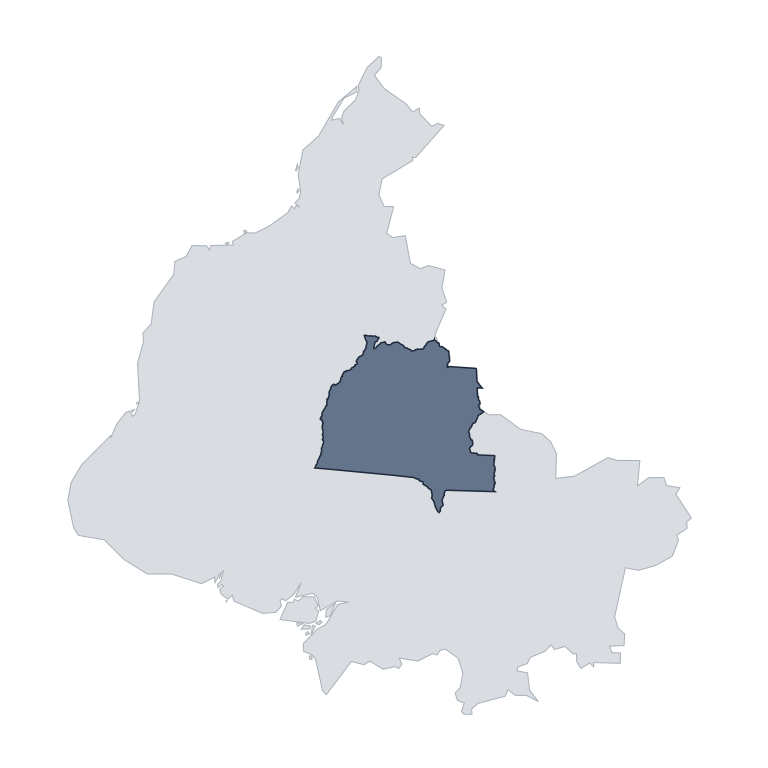 Brazil, with Mato Grosso highlighted, rotated 182°
{"feature_id": "BRA-602", "entity_name": "Mato Grosso", "entity_type": "State", "adm_level": 1, "iso_a3": "BRA", "parent_name": "Brazil", "parent_adm1": "", "projection": "mercator", "projection_center": [-55.436, -12.685], "detail": "fine", "context": "in_parent", "style": "filled", "palette": "slate", "viewbox_px": 768, "rotation_deg": 182, "n_neighbors": 0, "source": "natural_earth", "source_scale": "10m", "svg_char_len": 9785}
<svg xmlns="http://www.w3.org/2000/svg" viewBox="0 0 768 768"><g transform="rotate(182 384 384)"><path d="M185.5,120.8L193.9,128.0L204.5,124.6L207.8,129.2L213.7,122.6L228.0,115.9L231.2,109.5L240.3,105.9L241.0,101.9L230.5,100.4L227.8,83.1L218.7,72.1L230.9,77.7L241.8,77.4L249.5,83.0L251.8,76.3L279.0,68.0L285.0,62.3L284.6,57.0L292.7,56.8L295.1,59.3L292.6,68.0L299.7,70.5L302.1,77.6L297.3,83.1L295.0,97.4L300.3,112.5L313.0,121.1L318.6,119.8L321.4,115.0L326.2,116.1L340.8,108.2L359.2,110.7L356.4,104.3L359.3,100.1L362.9,101.9L374.9,98.9L388.4,106.5L394.1,102.8L406.9,105.5L430.8,71.5L434.7,75.1L442.7,106.3L446.8,111.1L454.8,113.8L455.7,121.7L442.1,136.7L433.7,141.6L422.6,162.0L411.7,164.9L423.1,165.5L439.8,155.2L443.1,168.3L447.7,172.3L465.0,167.8L459.9,182.5L466.6,170.8L474.6,163.9L478.5,165.9L480.3,163.8L478.7,158.5L484.1,152.0L497.5,150.5L526.3,161.8L528.4,167.6L532.4,163.6L539.2,168.0L541.0,172.9L537.5,176.3L539.0,178.0L542.6,174.8L543.5,177.9L540.2,181.2L538.1,191.3L542.6,187.1L545.9,179.6L546.5,185.0L559.4,178.1L589.7,186.7L613.8,185.8L637.5,199.4L658.2,218.5L684.0,222.0L689.0,229.0L695.9,256.5L693.3,274.5L683.3,292.8L655.3,322.9L655.2,320.5L650.0,334.2L641.2,346.4L637.1,348.2L634.0,342.8L631.5,345.5L627.7,358.5L631.0,396.0L625.9,417.8L626.7,426.6L618.8,435.7L616.7,457.9L598.0,486.2L597.3,499.3L586.1,504.6L580.7,515.6L566.1,515.9L563.0,511.8L561.9,516.4L539.4,517.5L540.5,521.2L526.3,530.4L518.2,530.3L503.9,538.0L486.1,552.0L482.7,558.7L479.5,556.1L478.3,559.1L474.3,557.8L479.5,561.9L475.3,566.2L474.0,573.7L477.1,590.3L473.2,615.1L458.1,629.4L439.4,664.4L421.6,680.4L421.2,675.0L433.8,668.4L444.8,649.2L445.1,645.8L437.8,647.9L433.4,641.7L435.7,647.8L433.7,655.0L422.7,666.7L419.2,676.1L420.2,681.4L411.9,699.7L400.4,711.2L397.9,709.6L397.9,700.3L404.3,692.1L394.2,679.3L371.8,664.8L364.9,656.8L358.5,661.0L357.9,655.4L345.3,643.1L339.3,646.3L333.0,644.5L360.3,611.4L363.6,611.6L363.0,608.4L393.0,588.9L395.7,573.0L390.2,561.5L380.6,561.5L386.6,534.7L380.5,530.6L367.9,533.0L361.8,505.4L351.5,500.6L343.7,503.9L327.0,500.1L329.5,482.1L324.2,468.0L329.0,464.8L324.7,460.9L334.8,435.1L329.4,423.4L320.5,418.7L321.3,402.9L292.2,402.7L291.1,389.6L285.7,383.3L290.6,383.2L286.9,361.8L277.8,356.9L266.5,357.5L246.1,343.5L224.6,339.8L215.5,332.2L209.2,320.4L209.1,295.6L190.3,298.6L157.7,318.2L148.1,315.7L125.6,316.5L127.2,291.1L116.1,299.6L101.1,300.3L98.0,292.3L84.7,290.7L88.5,284.0L72.1,260.8L76.6,256.9L76.0,250.4L85.9,243.4L84.3,237.5L89.9,221.9L106.5,212.0L123.1,206.7L136.3,208.8L145.4,159.3L141.6,148.4L134.7,142.5L135.0,131.0L149.3,129.8L146.8,123.5L138.2,123.4L138.2,113.1L164.8,112.9L164.6,108.6L168.7,112.4L177.2,106.6L181.7,113.1L182.2,121.4L185.5,120.8ZM450.1,142.1L479.7,145.0L472.6,162.4L467.2,162.7L466.3,165.7L461.9,164.3L457.2,168.7L446.0,168.7L442.0,160.0L444.9,157.8L441.4,154.7L443.8,144.6L450.1,142.1ZM424.9,163.1L429.5,150.6L434.1,148.9L433.8,156.5L424.9,163.1ZM458.2,136.0L455.4,140.6L448.7,139.6L449.7,136.6L458.2,136.0ZM448.1,130.8L447.0,140.4L444.2,139.4L448.1,130.8ZM462.9,142.0L458.7,142.5L456.8,141.7L462.0,138.9L462.9,142.0ZM443.7,142.3L439.3,145.5L437.6,143.8L440.7,141.0L443.7,142.3ZM451.6,134.0L449.6,132.0L453.1,130.1L453.4,131.9L451.6,134.0ZM449.3,109.4L446.8,109.8L446.3,106.4L448.6,106.2L449.3,109.4ZM478.2,600.5L477.3,597.0L479.3,593.9L479.9,594.8L478.2,600.5ZM528.8,529.1L529.5,532.8L526.5,532.0L528.8,529.1ZM476.6,576.1L475.3,574.1L477.3,572.0L478.0,572.9L476.6,576.1ZM541.9,185.0L540.0,188.6L541.9,183.5L541.9,185.0ZM635.5,348.8L632.5,349.8L634.4,347.0L635.5,348.8ZM547.5,519.0L544.5,520.2L543.8,519.5L545.7,517.8L547.5,519.0ZM630.6,355.5L629.5,357.5L628.8,356.2L630.6,355.5ZM534.0,160.4L534.2,162.4L533.3,162.1L534.0,160.4Z" fill="#d9dde1" stroke="#a8b0b8" stroke-width="1"/><path d="M319.4,403.7L292.9,402.8L292.4,402.6L292.1,401.9L291.2,390.0L291.0,389.6L286.5,384.1L285.7,383.4L290.6,383.3L290.7,383.1L290.3,375.6L290.1,375.3L289.3,374.7L289.1,374.2L289.6,374.0L289.5,373.3L289.0,372.2L288.6,370.9L287.7,370.2L287.6,369.9L287.6,368.5L287.3,368.0L287.5,367.0L288.3,366.5L288.8,365.0L288.4,364.6L288.4,364.4L288.0,363.9L287.8,363.6L287.4,362.0L285.8,361.4L285.6,361.1L284.6,360.7L283.4,359.8L284.4,358.8L287.2,356.8L288.5,356.2L288.8,355.8L289.4,353.4L290.7,350.9L290.7,349.8L291.8,348.5L292.4,348.1L293.4,347.9L294.3,346.9L295.0,344.3L296.4,342.7L297.8,339.3L297.7,338.9L297.2,337.9L296.7,336.8L296.7,334.7L296.6,334.3L296.0,333.5L295.2,331.3L294.8,331.0L294.2,331.2L293.8,330.9L293.6,330.3L293.6,329.3L293.3,328.5L293.2,327.1L293.3,326.1L294.7,324.9L295.2,324.3L295.5,323.6L296.1,323.1L296.4,322.6L295.6,320.9L295.3,319.6L294.9,318.7L293.8,318.2L292.6,318.1L291.9,318.3L291.1,318.0L290.3,317.6L290.0,317.7L289.1,318.2L288.1,317.3L287.9,317.0L288.0,316.5L287.9,316.4L271.5,316.3L270.9,316.2L270.7,315.6L271.0,314.2L270.8,313.0L270.9,312.7L271.3,312.8L271.4,312.7L271.6,311.8L271.6,311.7L271.0,311.3L271.5,307.2L271.4,306.8L270.8,305.9L270.1,304.4L270.2,303.2L269.8,302.3L270.0,301.2L270.6,300.0L270.5,299.2L270.8,298.2L270.4,296.3L270.1,295.8L270.7,295.5L271.4,294.2L270.7,293.2L270.3,291.5L270.3,290.6L270.2,290.3L270.1,290.1L269.4,289.6L269.3,289.2L269.6,288.6L269.6,288.0L270.6,287.7L270.6,287.2L270.2,286.1L270.2,285.6L270.6,284.0L271.3,282.5L270.9,281.6L269.3,280.3L318.1,280.0L319.1,279.3L319.5,278.0L320.1,276.8L319.8,274.8L320.5,274.0L320.9,272.7L321.4,271.9L321.4,271.3L321.9,269.7L321.6,268.0L320.8,266.0L320.7,265.0L321.1,264.4L322.0,263.7L322.5,262.8L323.2,261.9L323.5,261.1L323.2,260.0L323.3,258.9L324.6,257.4L325.8,258.5L327.1,260.4L327.7,262.0L328.5,263.0L328.7,264.3L329.3,265.8L329.5,266.9L329.9,267.7L330.1,268.5L331.1,269.7L331.4,270.3L332.4,271.4L332.5,271.7L332.0,273.2L332.1,274.3L331.9,275.1L332.3,275.9L332.5,277.0L332.4,277.7L333.0,278.5L333.3,280.0L333.5,280.1L335.0,280.7L336.7,282.0L337.0,282.7L337.8,283.3L341.2,285.0L341.4,285.3L341.5,286.0L341.5,287.2L341.7,287.6L342.4,288.0L343.9,288.0L345.3,288.5L345.7,289.1L345.9,290.1L346.3,290.5L347.8,290.1L348.3,290.5L349.1,290.6L349.9,291.2L351.2,291.7L351.3,291.6L373.0,293.2L433.4,296.8L450.3,297.7L449.6,298.9L449.2,300.5L448.2,301.7L447.9,302.4L447.8,302.7L447.9,303.7L447.6,305.0L447.3,305.7L446.2,307.0L446.2,308.0L445.7,308.6L445.8,309.2L445.6,309.4L445.4,310.0L445.0,310.1L444.5,310.8L444.5,311.2L444.7,311.7L444.7,312.4L444.5,313.0L444.1,313.5L444.3,314.5L444.0,315.2L444.3,317.4L444.3,317.7L443.9,318.0L443.5,318.7L443.4,320.6L443.0,321.3L442.3,324.0L442.3,324.5L442.4,325.0L442.8,325.4L443.6,325.9L443.7,326.3L443.6,327.1L442.8,327.9L442.7,328.4L443.0,329.1L443.3,330.4L443.8,330.8L443.8,331.2L443.5,331.5L443.6,332.2L443.2,332.6L443.2,333.3L443.4,335.7L443.9,336.5L444.1,337.1L444.0,337.6L444.3,339.6L444.3,339.9L444.0,340.1L444.0,340.7L443.7,341.8L443.8,342.4L443.7,342.5L443.4,342.4L443.3,342.6L443.5,342.9L444.1,343.4L444.6,345.7L445.1,345.7L445.1,346.1L445.5,346.3L446.4,346.4L446.5,346.9L446.1,348.2L445.9,348.6L445.2,349.1L445.3,349.5L444.7,350.1L444.9,350.9L444.8,352.1L445.0,352.7L444.5,353.9L443.7,355.1L443.4,356.1L442.1,357.6L441.8,358.8L441.4,360.0L440.9,360.4L440.3,360.6L440.4,362.4L440.6,363.1L440.5,364.0L440.3,364.7L440.4,366.0L440.6,366.3L440.6,366.7L440.3,367.1L439.4,367.2L439.4,367.8L438.8,369.2L438.6,370.0L438.6,370.6L438.2,371.8L438.7,373.5L438.4,374.4L438.4,374.6L438.0,375.6L437.5,376.1L437.1,377.5L437.1,378.5L436.7,378.8L436.6,379.9L436.0,380.3L435.6,381.1L434.4,381.9L433.8,382.0L433.4,381.9L433.3,381.3L433.1,381.0L432.6,381.4L431.6,381.6L431.0,382.3L430.0,382.8L429.0,384.0L428.5,384.3L427.8,384.9L427.7,385.2L427.8,386.1L427.4,386.5L427.3,387.0L427.4,387.8L427.1,388.5L426.8,389.5L426.3,390.5L426.0,390.6L425.7,390.4L425.5,390.6L425.8,391.4L425.8,391.8L425.0,393.6L424.4,394.3L424.3,394.8L423.9,395.1L422.8,394.9L422.7,395.3L421.8,396.1L419.7,396.3L418.6,396.6L417.4,398.0L416.9,399.0L416.5,399.1L415.4,399.6L415.1,400.1L413.8,400.8L413.7,402.1L413.4,402.3L412.0,402.8L411.5,403.2L411.4,404.2L411.5,404.6L412.5,405.3L412.2,407.0L411.2,408.0L410.9,409.0L409.4,410.6L406.9,411.8L406.0,412.6L406.1,412.9L405.7,414.5L405.7,415.5L405.4,416.1L405.1,416.3L404.2,417.6L403.8,418.6L403.3,419.1L403.1,419.5L403.3,420.9L403.0,421.7L402.8,423.2L402.6,423.4L402.4,424.7L402.7,425.7L404.0,428.0L404.6,429.8L405.5,431.8L404.0,432.1L401.8,431.5L399.6,431.5L399.4,431.7L399.0,431.7L396.7,431.4L394.8,431.7L394.1,431.5L392.5,430.6L391.4,430.3L390.8,430.4L390.6,429.9L390.8,429.4L391.6,428.4L392.2,427.3L392.4,426.6L392.8,426.2L394.1,425.9L394.3,425.7L394.9,423.2L395.0,422.1L395.5,420.0L395.5,419.1L395.4,419.0L394.3,419.2L393.3,419.9L392.7,420.9L391.2,422.5L389.6,423.5L389.1,424.6L388.4,425.2L387.4,425.3L386.7,425.5L385.1,426.1L384.3,426.1L384.0,425.8L383.7,424.5L382.1,423.4L380.8,423.3L379.3,423.4L378.5,423.8L378.0,424.1L377.5,424.9L375.9,425.8L374.9,425.8L373.3,426.2L371.6,426.3L369.9,425.3L369.1,424.6L366.0,423.2L365.4,422.4L365.0,421.6L364.5,421.2L363.3,420.8L362.9,420.9L362.0,420.7L361.0,419.9L358.7,419.2L358.2,418.4L357.9,418.1L357.0,418.0L354.8,418.4L353.6,419.5L352.8,419.5L352.0,420.1L351.4,420.1L350.7,419.9L348.0,420.2L346.6,420.1L346.1,420.5L345.9,421.1L345.2,421.5L345.0,422.9L344.3,423.7L343.1,424.6L343.0,425.8L341.4,427.6L340.6,428.0L339.5,428.1L338.6,428.6L336.0,429.2L335.7,429.5L335.2,430.6L335.1,429.7L334.8,429.3L334.3,429.2L333.1,428.5L333.0,427.8L332.6,427.2L331.3,427.0L331.2,427.1L330.5,426.7L330.2,426.1L330.1,424.1L329.7,423.5L329.1,423.3L328.3,423.5L327.7,423.5L326.6,423.1L325.9,422.5L325.2,422.2L324.3,421.4L323.5,421.1L323.1,420.3L322.6,420.2L322.0,419.7L321.3,419.6L320.7,419.3L320.4,418.8L320.3,416.7L320.0,415.8L319.9,414.6L319.5,413.8L319.4,413.0L319.6,412.2L319.1,409.6L319.5,408.5L321.1,406.7L321.3,406.1L321.0,405.5L321.0,405.2L321.4,404.9L321.4,404.6L321.4,403.0L321.2,402.9L320.5,402.9L320.1,403.5L319.4,403.7Z" fill="#64748b" stroke="#1e293b" stroke-width="1.5"/></g></svg>